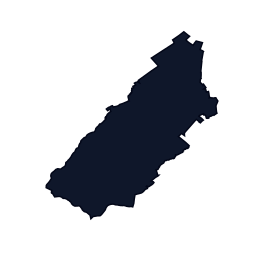 Sansimion, Harghita, Romania, rotated 344°
{"feature_id": "2599482B56401198532515", "entity_name": "Sansimion", "entity_type": "district", "adm_level": 2, "iso_a3": "ROU", "parent_name": "Romania", "parent_adm1": "Harghita", "projection": "natural_earth1", "projection_center": [25.853, 46.241], "detail": "fine", "context": "isolated", "style": "filled", "palette": "ink", "viewbox_px": 256, "rotation_deg": 344, "n_neighbors": 0, "source": "geoboundaries", "source_scale": "gbopen_adm2", "svg_char_len": 5757}
<svg xmlns="http://www.w3.org/2000/svg" viewBox="0 0 256 256"><g transform="rotate(344 128 128)"><path d="M67.3,205.0L70.1,203.5L74.5,204.0L76.4,204.5L77.1,204.6L77.5,204.5L79.3,203.5L83.2,200.7L83.8,200.1L84.5,199.1L85.0,198.5L85.7,197.9L87.0,197.0L88.4,196.7L90.4,196.6L92.2,196.9L92.9,197.1L93.5,197.5L94.4,198.1L95.1,198.5L96.9,199.1L97.5,199.5L99.4,200.4L100.2,200.7L101.9,201.2L102.3,201.2L102.9,201.4L103.3,201.7L103.8,201.9L105.0,202.8L105.8,203.2L106.6,203.5L107.3,203.9L108.9,204.2L110.0,204.6L110.8,205.1L112.8,202.0L113.7,199.8L114.4,198.1L115.7,195.4L116.2,194.1L118.6,194.0L120.3,194.1L123.0,194.1L123.8,193.9L124.6,193.6L125.4,193.2L125.8,193.0L126.1,192.8L126.5,192.5L126.9,192.3L127.2,192.0L127.3,192.0L127.5,191.8L127.9,191.7L128.4,191.7L129.5,191.5L130.0,191.5L130.1,190.8L130.6,190.3L129.5,189.3L130.1,188.9L131.5,190.2L132.2,190.0L133.1,189.7L134.0,189.5L134.5,189.0L135.0,189.2L135.4,188.6L135.9,188.8L136.8,188.4L137.9,187.6L137.6,186.8L135.6,185.3L140.5,183.2L141.1,182.9L141.6,182.9L143.8,182.3L144.5,181.9L143.4,181.7L143.2,180.9L143.6,180.7L143.6,180.3L143.6,179.9L143.6,179.3L143.5,177.2L143.4,176.0L145.0,176.1L145.4,176.0L146.2,175.2L146.4,174.9L147.7,173.9L147.4,173.4L148.1,173.1L149.7,172.3L152.7,171.4L152.8,171.3L153.1,170.9L153.8,170.2L154.4,169.6L154.7,169.7L155.2,169.6L155.8,169.8L156.0,169.8L156.7,169.6L157.2,169.6L157.5,169.7L158.2,170.0L158.9,169.9L159.1,169.7L160.4,169.5L160.8,169.6L161.0,169.7L161.6,169.6L162.5,169.6L162.9,169.7L163.3,170.0L163.5,170.0L163.8,169.9L164.2,169.7L164.3,169.7L164.4,169.4L164.6,169.3L165.2,168.8L165.2,168.6L165.3,168.4L165.6,168.3L165.9,168.3L166.0,168.2L166.3,167.9L166.3,167.6L166.4,167.4L166.8,167.4L166.5,167.1L166.5,166.9L166.8,167.0L167.0,167.0L167.5,167.3L168.8,167.3L172.0,166.6L173.7,166.4L174.0,166.3L174.1,166.2L174.0,165.9L174.1,165.7L174.3,165.7L174.5,165.4L174.9,165.3L174.8,165.0L175.2,164.5L175.4,164.4L176.0,164.3L176.4,164.2L176.5,164.0L176.8,163.7L177.0,163.8L177.4,164.2L177.5,164.3L177.7,164.2L177.9,164.0L178.0,163.7L178.3,163.4L178.5,163.4L178.7,163.7L178.8,163.7L179.1,163.9L179.5,163.9L179.8,164.1L180.0,164.0L180.1,163.7L180.6,163.6L181.2,163.1L180.9,162.6L181.9,162.0L181.6,161.3L180.5,159.5L179.4,157.7L174.1,150.1L177.9,148.0L180.2,150.9L180.3,150.2L180.9,148.3L182.3,147.3L196.0,138.5L198.2,141.5L198.3,141.6L198.0,141.8L199.0,143.0L200.3,142.2L201.2,141.7L202.6,141.2L201.4,139.0L200.0,137.1L199.4,136.3L199.8,136.0L200.0,135.7L202.0,135.4L204.6,135.2L204.5,136.4L205.5,136.5L205.8,137.3L206.1,138.0L206.1,138.3L206.1,138.8L206.0,139.9L206.1,140.2L206.7,140.5L207.8,140.7L208.3,140.7L208.3,140.4L208.3,140.1L209.4,139.7L210.2,139.4L210.7,139.5L210.9,139.5L211.0,139.5L211.0,139.4L211.5,139.3L214.2,139.0L214.3,139.4L214.6,139.3L215.0,139.1L217.6,138.3L217.5,137.3L217.7,135.8L218.5,131.6L218.7,131.0L219.1,130.2L219.3,129.9L219.8,129.4L221.5,127.3L221.7,127.0L221.8,126.7L221.0,124.3L220.8,123.2L219.9,122.9L219.4,122.9L218.8,122.9L217.3,122.3L216.7,122.2L216.3,121.9L216.0,121.6L215.7,121.5L214.5,121.3L214.8,121.0L214.8,120.6L214.9,119.4L215.3,116.9L215.4,115.1L213.3,115.1L213.3,112.0L212.4,111.8L211.5,111.4L214.0,110.6L212.7,106.8L211.9,107.5L211.9,107.0L209.9,104.0L211.0,101.2L212.0,100.5L211.9,100.1L212.9,97.2L213.6,94.7L213.2,94.6L217.3,84.4L217.0,84.3L221.4,75.3L221.6,75.2L221.0,74.4L218.9,72.5L223.1,66.5L217.5,63.2L215.1,64.9L213.4,66.5L210.4,63.1L208.9,61.0L208.1,59.4L208.0,59.2L212.5,56.8L211.4,55.5L208.2,50.9L204.4,52.4L203.0,53.0L195.2,55.6L195.7,57.7L195.8,59.1L195.0,59.5L176.3,65.2L169.7,67.2L174.4,76.9L166.2,79.6L159.9,81.9L151.3,85.0L151.6,85.6L150.6,85.9L150.9,86.4L151.2,87.0L151.4,87.7L151.0,87.4L149.9,86.6L148.6,86.3L147.5,86.4L146.5,86.7L146.8,87.4L147.1,88.8L144.2,89.3L144.4,90.5L144.4,90.8L142.6,90.9L141.9,93.4L141.7,93.3L141.6,93.7L141.7,93.8L141.4,94.9L140.5,95.0L140.6,95.5L139.1,95.9L139.3,96.5L137.3,96.9L137.2,97.4L137.1,97.6L136.9,97.7L136.6,98.1L136.7,98.7L136.5,100.8L136.7,102.2L135.8,102.2L135.2,102.2L135.1,102.4L127.4,103.2L127.1,103.0L126.1,103.3L124.9,103.9L123.0,104.0L121.5,103.9L120.9,103.8L119.7,103.8L119.2,102.3L118.0,102.3L115.7,102.9L115.3,102.9L115.2,102.8L113.9,103.2L112.4,103.8L113.2,105.7L113.7,105.6L114.6,105.1L115.8,104.9L116.1,104.9L116.0,106.3L115.9,107.1L116.0,107.3L115.1,107.7L114.6,107.8L111.8,109.2L111.3,109.9L110.9,110.3L110.4,110.9L109.7,111.0L108.8,112.0L109.7,112.4L108.9,113.5L108.1,113.9L104.7,115.9L103.7,116.2L102.9,116.6L102.0,116.3L101.1,116.9L100.7,117.4L100.1,117.9L98.7,118.4L98.0,119.1L97.4,119.3L97.0,119.5L96.6,120.4L95.2,122.1L94.5,122.6L93.0,122.4L91.3,122.4L89.6,122.6L88.2,122.9L86.8,123.4L85.7,124.4L84.9,125.2L83.2,125.2L81.1,126.3L80.0,126.9L79.1,127.5L79.0,127.8L78.4,129.0L77.3,129.7L76.2,131.0L75.5,132.3L75.1,132.9L74.2,133.4L73.1,133.4L72.9,133.5L72.4,133.8L71.2,135.1L70.6,136.0L70.3,136.3L68.5,137.1L67.7,137.7L66.3,138.9L65.6,139.8L64.7,140.5L63.6,141.4L62.1,142.3L61.7,142.4L60.5,143.4L59.3,143.8L58.9,144.0L58.6,144.3L58.5,144.6L58.3,145.3L57.4,146.9L56.9,147.2L56.0,147.6L54.0,148.2L52.0,149.0L50.9,148.6L50.4,148.3L49.2,147.8L48.8,147.8L48.3,147.9L47.6,147.9L47.2,148.0L45.2,149.1L42.7,150.1L42.3,150.4L41.7,150.8L41.2,151.5L40.8,152.2L40.5,153.5L40.6,154.5L40.6,155.1L40.4,155.4L39.7,156.1L38.1,157.5L36.6,158.6L34.5,159.9L33.7,160.6L32.9,162.8L37.6,167.0L37.2,168.1L36.7,168.4L36.6,169.1L36.6,169.5L37.4,169.9L38.5,174.0L42.1,174.6L43.5,175.0L43.9,175.2L45.5,176.4L45.6,176.9L46.3,177.8L48.0,178.3L48.5,178.7L49.0,179.0L49.6,179.5L50.5,180.8L51.6,181.7L51.8,182.4L52.6,183.4L52.8,184.1L53.0,184.5L52.9,185.2L53.6,186.3L53.8,186.9L54.6,187.7L55.4,188.4L58.3,189.1L59.4,189.2L60.4,190.1L60.7,191.0L61.4,192.8L61.6,194.2L62.3,195.3L62.9,196.3L65.0,197.6L67.5,201.4L67.3,205.0Z" fill="#0f172a" stroke="#020617" stroke-width="1.5"/></g></svg>